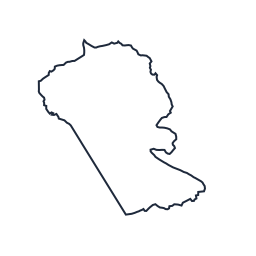 outline of São Luiz do Norte, Goiás, Brazil, rotated 56°
{"feature_id": "56859067B41949017144878", "entity_name": "São Luiz do Norte", "entity_type": "district", "adm_level": 2, "iso_a3": "BRA", "parent_name": "Brazil", "parent_adm1": "Goiás", "projection": "mercator", "projection_center": [-49.272, -14.909], "detail": "fine", "context": "isolated", "style": "outline", "palette": "slate", "viewbox_px": 256, "rotation_deg": 56, "n_neighbors": 0, "source": "geoboundaries", "source_scale": "gbopen_adm2", "svg_char_len": 2552}
<svg xmlns="http://www.w3.org/2000/svg" viewBox="0 0 256 256"><g transform="rotate(56 128 128)"><path d="M198.6,178.2L201.2,172.9L202.1,169.9L202.6,167.4L203.1,165.7L203.3,163.9L203.7,162.3L203.8,160.5L206.0,160.5L207.0,159.2L206.3,156.0L206.0,154.1L205.7,150.5L206.5,147.9L209.2,147.1L211.7,146.0L213.2,144.3L214.5,143.0L216.2,142.2L217.5,140.6L217.6,138.9L216.0,137.4L217.3,134.8L217.1,132.3L219.5,129.3L222.2,127.0L220.6,124.3L221.1,120.5L221.6,116.0L224.3,115.8L225.3,114.1L224.5,112.8L224.7,110.7L221.9,109.4L222.8,107.3L220.3,105.5L221.1,104.0L223.0,100.4L221.3,98.1L219.0,96.9L216.9,96.9L214.9,96.7L213.1,97.2L207.0,100.2L205.5,101.1L202.7,102.1L200.5,103.3L198.2,104.3L195.6,106.4L193.7,107.4L192.1,108.3L189.8,109.9L185.8,112.7L183.9,113.7L181.3,115.1L178.7,116.2L176.7,117.3L173.9,118.6L171.7,119.6L170.0,120.3L167.2,121.4L165.2,121.4L161.7,122.2L160.0,122.3L158.6,121.4L159.6,118.3L162.0,116.7L163.8,114.3L165.2,111.9L166.6,110.0L169.4,110.2L171.4,109.4L172.8,108.0L172.4,105.5L171.6,103.0L170.9,100.3L168.8,99.8L167.0,100.2L165.5,99.5L164.7,97.3L164.3,94.3L162.2,92.9L159.4,91.9L155.1,93.8L152.6,94.0L150.2,95.7L148.1,97.7L146.9,99.2L145.3,101.5L143.6,103.0L141.6,102.8L140.3,99.5L139.2,96.4L138.6,94.3L139.3,91.7L140.4,89.9L139.2,86.9L139.2,84.0L137.4,83.7L135.1,78.9L132.9,78.6L130.9,77.6L127.9,76.8L124.9,76.7L122.7,75.5L119.8,75.9L115.9,75.4L113.1,75.0L110.4,75.4L108.1,76.4L106.4,76.9L104.3,77.0L101.6,75.7L100.5,74.3L98.0,74.6L98.6,76.2L97.4,77.9L95.7,78.4L94.0,78.0L92.5,76.4L90.3,76.2L89.2,74.8L86.7,73.9L85.9,71.3L82.2,70.9L80.7,71.5L78.5,72.2L76.9,74.0L75.8,75.3L75.0,76.8L72.7,78.2L70.6,77.8L68.6,77.6L65.0,79.5L63.3,79.6L61.3,79.4L59.6,81.1L58.6,82.9L57.8,84.5L56.4,86.3L54.4,86.5L52.7,87.4L50.8,87.7L51.4,89.2L50.3,92.3L48.0,93.6L48.0,96.9L47.0,99.9L45.6,103.4L44.6,105.5L43.8,107.8L43.5,109.4L42.5,110.8L39.7,112.3L36.8,113.6L34.0,115.0L32.4,114.9L30.7,115.2L32.7,117.7L34.2,118.7L36.9,119.6L39.1,120.8L41.0,122.1L42.8,123.6L42.8,125.6L42.5,134.8L41.3,136.7L40.4,139.5L39.5,140.9L39.1,142.8L39.7,146.1L38.7,147.8L37.6,149.8L36.7,151.9L36.2,154.3L38.0,155.7L38.5,157.5L38.4,160.0L37.1,161.0L38.0,162.8L39.7,164.1L39.6,168.0L39.6,170.9L40.1,173.9L39.4,175.8L46.4,180.4L47.8,181.5L49.3,181.9L51.0,181.7L54.0,181.2L55.9,180.6L57.9,181.4L58.6,183.1L60.2,183.4L62.2,184.8L64.0,183.4L66.4,185.1L70.1,185.1L72.4,184.8L72.3,182.7L73.8,181.8L74.5,183.6L75.8,182.1L76.3,179.5L79.9,179.5L81.5,180.1L86.1,176.4L89.5,175.7L91.6,174.5L93.8,174.0L113.4,174.8L115.1,174.9L198.6,178.2Z" fill="none" stroke="#1e293b" stroke-width="2"/></g></svg>